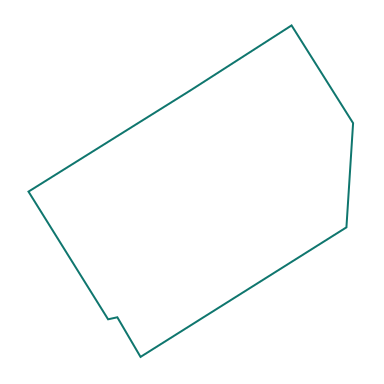 Limestone, Texas, United States of America (orthographic projection), rotated 88°
{"feature_id": "52423323B48911079087514", "entity_name": "Limestone", "entity_type": "district", "adm_level": 2, "iso_a3": "USA", "parent_name": "United States of America", "parent_adm1": "Texas", "projection": "orthographic", "projection_center": [-96.581, 31.518], "detail": "fine", "context": "isolated", "style": "outline", "palette": "teal", "viewbox_px": 384, "rotation_deg": 88, "n_neighbors": 0, "source": "geoboundaries", "source_scale": "gbopen_adm2", "svg_char_len": 267}
<svg xmlns="http://www.w3.org/2000/svg" viewBox="0 0 384 384"><g transform="rotate(88 192 192)"><path d="M90.1,189.5L185.9,355.4L316.3,280.3L314.6,271.0L355.0,249.2L232.7,38.9L128.8,28.6L29.0,86.7L90.1,189.5Z" fill="none" stroke="#0f766e" stroke-width="2"/></g></svg>